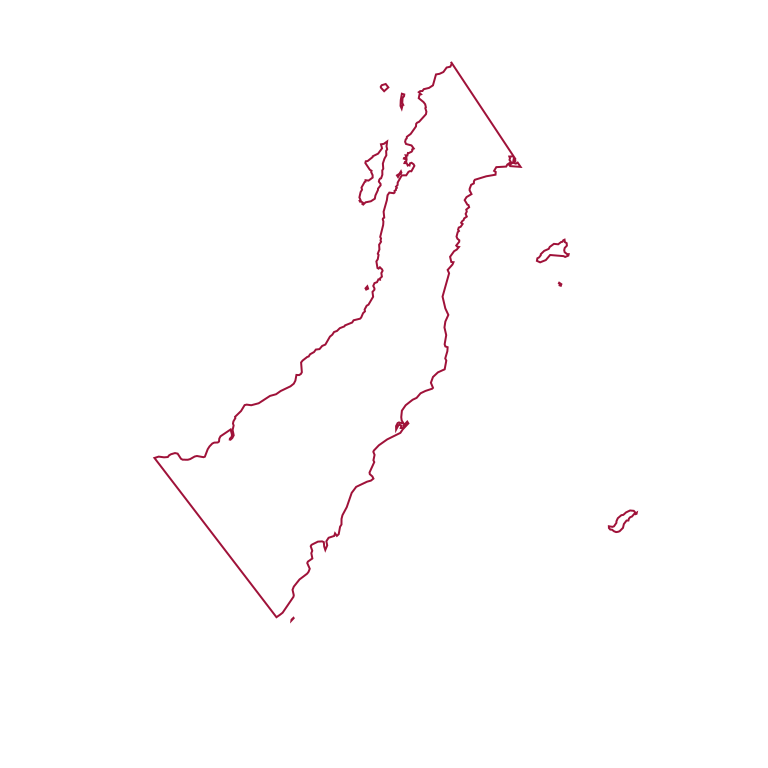 map outline of Baja California (Albers equal-area conic projection), rotated 237°
{"feature_id": "MEX-2706", "entity_name": "Baja California", "entity_type": "State", "adm_level": 1, "iso_a3": "MEX", "parent_name": "Mexico", "parent_adm1": "", "projection": "albers", "projection_center": [-114.611, 30.356], "detail": "fine", "context": "isolated", "style": "outline", "palette": "rose", "viewbox_px": 768, "rotation_deg": 237, "n_neighbors": 0, "source": "natural_earth", "source_scale": "10m", "svg_char_len": 6177}
<svg xmlns="http://www.w3.org/2000/svg" viewBox="0 0 768 768"><g transform="rotate(237 384 384)"><path d="M447.0,151.2L445.8,155.5L442.3,159.6L440.5,162.9L441.2,164.9L441.1,167.1L439.9,171.1L438.0,173.0L431.9,173.0L430.2,173.9L427.3,178.3L426.6,180.5L426.3,185.7L425.5,187.9L420.9,192.8L420.6,194.2L425.3,200.6L426.7,203.7L427.6,207.6L427.3,209.7L425.5,212.7L425.6,214.3L427.9,216.1L429.2,218.4L429.4,230.6L424.6,229.0L422.8,227.8L422.1,225.0L421.4,224.4L420.9,224.9L421.3,227.3L422.8,230.0L427.9,232.0L431.1,235.3L433.1,235.8L434.7,237.4L436.4,240.8L437.6,241.2L439.2,249.4L442.2,255.6L441.5,257.6L438.5,261.1L436.1,268.4L436.1,281.9L434.2,287.9L434.4,293.5L433.0,304.3L433.4,308.5L435.1,311.5L439.3,315.5L437.7,317.7L437.7,319.8L438.6,321.5L447.2,326.2L448.0,328.5L448.5,334.4L448.1,335.8L449.2,338.2L448.9,342.7L450.0,345.6L448.4,348.9L449.6,352.9L449.0,356.3L453.2,364.5L453.5,367.5L454.8,370.4L454.1,373.5L454.9,377.3L453.9,382.2L454.4,383.2L452.9,390.8L454.0,393.2L451.8,399.5L452.2,401.1L454.8,405.0L455.3,407.6L457.0,408.3L459.1,412.1L459.0,414.2L463.1,422.4L467.5,424.5L468.3,427.3L469.4,428.1L472.1,428.4L473.8,431.0L473.2,433.6L474.8,436.3L473.7,437.5L474.7,438.0L475.2,440.7L478.5,442.2L479.7,444.5L481.2,444.8L484.1,444.1L483.7,442.3L484.8,441.7L491.0,444.4L492.0,446.7L495.3,449.8L496.6,449.7L499.3,453.4L503.5,455.8L504.9,459.0L506.3,459.3L507.7,460.8L509.4,460.9L517.8,469.9L520.6,472.0L522.9,472.7L523.4,473.4L523.4,474.8L528.7,477.5L536.6,486.5L540.4,489.8L541.6,492.7L538.7,496.1L538.8,497.2L540.3,498.1L540.1,499.5L541.2,500.4L541.5,501.6L542.9,501.5L543.5,503.8L545.5,505.2L549.3,512.5L546.9,516.3L548.6,520.1L548.4,521.7L547.5,522.8L550.4,528.3L552.1,528.5L554.5,527.6L554.9,526.0L553.5,524.5L554.2,524.2L554.3,522.9L556.8,523.3L558.1,521.5L558.9,522.6L558.7,524.0L560.0,525.2L562.2,523.4L562.6,523.9L561.7,526.1L564.0,526.7L562.9,528.0L564.7,529.9L564.2,530.5L563.8,533.6L564.3,534.9L565.4,535.4L565.2,537.2L569.1,537.0L573.3,533.2L575.6,533.6L577.3,535.4L577.6,536.8L578.9,537.8L579.2,542.6L582.6,551.1L584.7,552.7L585.1,554.0L584.8,556.3L587.4,566.1L589.3,567.9L592.9,568.9L593.2,569.8L596.2,570.9L598.9,570.7L604.8,568.8L607.2,571.2L606.8,572.8L609.8,572.1L609.9,573.9L608.8,575.8L609.6,577.9L607.8,583.0L607.8,587.7L615.3,596.2L613.9,599.5L613.3,603.7L615.3,608.9L614.0,612.4L615.7,615.3L617.7,615.6L504.3,616.7L506.5,613.0L504.7,612.6L503.6,611.3L501.0,611.3L500.9,607.0L499.8,604.9L504.7,596.3L502.8,592.4L501.0,593.2L498.8,591.5L502.5,582.9L505.8,571.4L505.1,569.9L503.3,568.6L503.6,565.6L501.1,562.2L499.9,561.3L495.6,560.8L495.8,555.0L494.3,551.8L489.0,551.6L488.1,552.3L485.9,551.7L485.5,548.0L483.5,547.3L482.2,545.1L479.3,544.6L479.2,541.4L478.1,540.0L478.0,538.3L477.2,536.5L475.4,537.1L474.1,533.9L474.5,531.9L473.0,530.1L471.5,530.2L471.2,528.5L468.1,525.1L465.9,524.7L463.5,525.4L462.3,524.5L460.8,520.0L459.6,520.1L458.1,521.5L457.1,518.3L457.2,515.1L454.7,508.7L449.7,506.9L448.3,508.6L446.9,506.5L445.0,499.5L441.4,498.9L425.4,480.7L414.0,476.6L406.9,475.6L403.0,469.5L398.5,465.5L391.1,462.8L384.3,456.5L382.1,455.9L380.2,457.4L377.0,455.0L372.1,449.3L369.7,449.0L363.3,442.9L364.4,435.6L363.2,428.9L359.5,424.0L354.1,423.0L353.8,421.9L355.6,415.0L356.3,409.6L354.6,403.8L355.2,399.4L354.4,390.6L351.9,384.5L346.8,380.4L343.9,379.0L340.2,378.9L343.6,375.6L343.8,374.2L342.1,371.2L339.2,369.4L341.3,373.2L341.5,374.9L339.6,375.9L338.0,374.1L336.9,375.6L336.9,376.4L338.5,378.0L339.8,383.0L337.7,383.0L335.7,374.9L334.1,371.1L335.8,356.5L335.4,346.3L333.7,339.2L332.9,338.1L329.7,337.5L325.8,333.6L323.8,333.3L317.7,323.7L316.1,323.0L312.8,323.9L310.4,323.6L310.1,320.4L311.3,316.6L312.9,304.7L310.3,297.6L301.0,285.7L296.6,277.7L294.0,274.9L289.3,271.8L288.2,269.4L282.7,264.2L282.3,261.8L285.4,261.6L283.7,259.5L285.2,253.8L283.5,250.0L279.6,248.5L276.8,244.4L280.2,245.3L284.2,247.4L285.7,246.4L287.8,242.7L288.6,235.7L287.9,234.2L283.2,233.0L281.7,230.9L276.7,228.9L276.5,223.4L275.6,222.1L269.5,221.1L267.6,218.5L266.8,216.3L266.1,206.7L263.2,198.0L261.2,195.2L256.0,193.3L254.8,192.1L247.4,174.4L247.1,170.9L247.0,166.8L447.0,151.2ZM582.7,510.7L586.7,512.0L585.5,514.6L585.7,518.7L581.9,515.5L579.1,514.5L578.3,512.7L574.5,510.5L572.8,507.2L569.5,503.1L564.9,500.6L564.1,498.9L560.4,496.6L558.1,493.6L558.4,492.6L557.8,491.2L556.5,489.9L553.7,490.1L552.5,489.4L551.1,485.4L550.0,484.6L546.8,479.5L544.4,477.2L544.4,472.5L546.4,467.5L545.8,464.3L546.8,463.9L547.7,465.0L549.9,464.0L549.9,463.3L551.0,463.3L551.0,464.5L553.9,465.0L557.7,468.9L558.9,471.4L561.0,472.1L564.0,477.8L563.8,478.6L565.0,479.5L563.0,481.8L563.3,486.9L565.4,488.2L568.8,488.7L569.6,489.7L571.4,488.8L579.5,488.7L580.7,490.0L579.9,491.7L580.5,498.0L581.1,498.6L580.4,504.5L582.7,510.7ZM405.7,583.0L406.6,585.6L407.5,586.2L408.4,590.9L407.6,595.7L408.7,597.7L409.0,602.8L406.3,606.2L406.6,609.8L406.1,611.1L406.9,612.7L406.7,614.0L404.5,613.0L402.6,613.9L400.4,612.7L399.7,609.7L398.1,608.0L396.1,607.3L393.2,608.3L392.3,609.6L391.3,608.5L391.9,605.1L393.4,604.3L401.7,593.6L399.8,587.2L401.0,581.2L404.0,579.3L405.9,581.1L405.7,583.0ZM142.3,504.2L144.1,507.0L144.7,511.6L143.9,513.5L144.5,517.1L143.9,521.5L141.6,524.4L138.4,524.9L138.4,525.9L137.6,525.1L137.9,523.9L138.9,523.5L137.8,519.7L138.2,518.0L137.7,516.1L136.4,514.6L137.4,513.1L135.9,508.9L133.2,506.1L132.2,501.4L132.6,499.7L133.4,498.0L135.2,496.7L137.6,495.9L138.7,494.5L140.7,494.2L142.2,495.1L139.7,497.9L139.4,499.4L141.0,503.3L142.3,504.2ZM629.5,543.6L634.3,542.8L635.2,543.3L635.8,544.9L634.7,548.8L630.4,549.2L629.5,543.6ZM491.7,616.8L498.0,608.5L499.3,608.3L499.5,612.5L497.0,614.6L496.9,616.7L491.7,616.8ZM605.3,548.8L608.2,549.3L613.0,552.7L617.7,557.1L615.8,558.7L614.5,557.6L613.7,555.3L609.8,552.4L607.6,552.1L607.8,551.5L605.3,548.8ZM501.2,616.7L500.4,615.4L499.5,615.6L499.2,614.5L500.3,613.7L503.5,616.7L501.2,616.7ZM550.0,508.5L551.9,508.5L551.9,511.4L553.1,514.0L551.8,513.7L551.1,512.3L551.6,511.6L550.0,508.5ZM472.9,420.5L474.3,420.6L475.0,423.2L472.6,422.6L472.9,420.5ZM371.0,585.1L371.4,585.9L373.2,585.5L373.5,586.1L371.1,587.1L370.1,585.8L371.0,585.1ZM236.0,177.5L236.7,178.1L237.2,180.7L236.8,180.7L236.0,177.5Z" fill="none" stroke="#9f1239" stroke-width="2"/></g></svg>